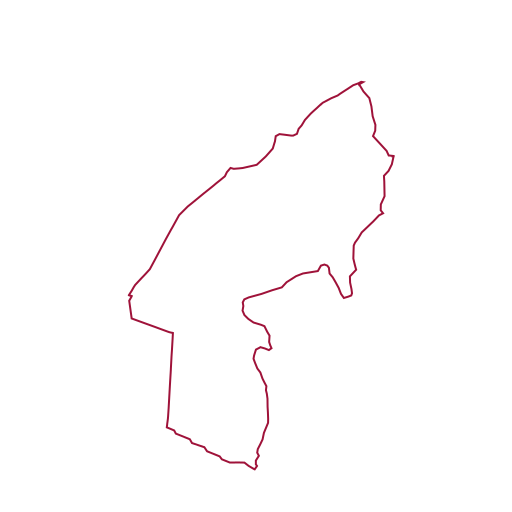 outline of Dilling, South Kordufan, Sudan, rotated 22°
{"feature_id": "16777658B83196806362289", "entity_name": "Dilling", "entity_type": "district", "adm_level": 2, "iso_a3": "SDN", "parent_name": "Sudan", "parent_adm1": "South Kordufan", "projection": "robinson", "projection_center": [29.551, 11.952], "detail": "fine", "context": "isolated", "style": "outline", "palette": "rose", "viewbox_px": 512, "rotation_deg": 22, "n_neighbors": 0, "source": "geoboundaries", "source_scale": "gbopen_adm2", "svg_char_len": 3017}
<svg xmlns="http://www.w3.org/2000/svg" viewBox="0 0 512 512"><g transform="rotate(22 256 256)"><path d="M258.9,92.0L258.2,93.4L257.2,95.6L254.8,100.5L253.4,103.5L250.4,111.5L249.4,117.8L247.9,122.1L248.2,127.4L245.4,130.4L244.4,130.8L243.4,131.2L236.5,133.0L232.1,134.2L229.4,137.5L230.3,141.2L230.5,142.1L230.7,142.9L230.7,143.6L231.3,150.1L227.8,160.0L222.5,171.2L210.7,179.4L207.3,181.2L206.9,181.4L202.7,183.5L199.4,183.9L197.6,189.2L197.3,193.7L194.1,199.6L192.0,203.3L191.2,204.8L190.8,205.6L189.5,208.0L184.2,217.4L176.5,231.5L174.2,235.6L169.4,246.9L168.7,252.8L167.7,261.1L167.4,263.1L166.1,274.0L163.6,298.0L162.5,308.0L160.4,313.7L159.2,316.8L158.1,319.5L154.8,328.1L154.5,329.7L154.3,330.7L153.8,334.6L152.9,339.5L153.1,339.5L153.1,340.0L153.5,340.0L155.2,339.7L155.8,339.7L155.8,340.4L155.2,345.0L155.5,345.5L163.9,360.1L164.1,360.5L167.1,360.4L173.0,360.2L189.3,359.6L192.9,359.5L202.2,359.2L204.2,359.1L206.7,358.7L206.9,358.6L207.8,358.5L208.0,359.1L209.9,364.6L210.7,367.0L213.3,374.7L215.1,380.2L219.4,392.7L219.7,393.5L224.3,407.2L227.7,417.2L232.0,429.8L234.0,435.9L234.3,436.8L234.6,437.7L235.1,439.4L235.2,439.6L236.1,443.1L236.5,444.7L236.8,445.7L237.3,447.6L237.4,448.0L237.5,448.3L240.5,448.3L245.5,448.4L248.2,450.7L263.3,450.7L266.7,453.4L279.1,452.7L279.7,452.6L283.8,455.4L297.4,455.4L300.5,457.3L308.5,457.3L309.1,457.3L317.6,453.8L322.4,452.0L322.7,451.9L327.9,453.4L334.2,454.3L334.3,454.3L334.7,454.3L335.6,450.3L333.9,449.2L332.5,445.7L333.5,440.2L330.8,437.9L330.0,434.4L330.5,428.6L330.8,423.6L329.6,417.0L329.7,406.2L328.3,402.5L325.7,396.7L323.2,391.4L320.1,384.0L317.6,379.6L315.5,376.7L314.4,372.8L311.3,370.2L307.9,367.2L303.7,362.4L299.4,359.8L295.3,355.6L292.2,352.2L291.5,349.0L291.0,342.8L294.0,339.3L294.2,338.9L298.9,338.4L302.8,338.4L303.2,338.4L304.9,335.7L302.6,333.4L300.4,330.8L299.4,327.8L298.4,324.8L294.7,322.0L290.1,317.9L286.3,317.9L278.6,318.6L272.4,317.2L267.4,315.1L264.0,311.7L263.0,307.1L261.1,304.0L261.4,300.6L264.8,297.1L275.3,289.1L283.8,281.7L291.7,275.4L294.2,268.8L300.7,259.7L306.1,254.6L319.0,246.8L319.8,240.6L322.6,238.3L325.7,238.2L328.0,239.6L330.8,244.7L335.1,247.0L339.6,250.5L344.6,254.6L349.0,259.3L353.2,262.0L353.8,261.5L356.3,259.5L356.8,259.1L359.1,256.9L359.0,254.6L356.9,250.9L353.2,245.4L350.7,239.7L354.0,231.2L352.6,229.4L350.3,226.3L347.2,221.9L344.9,215.7L342.7,209.7L342.8,206.4L342.9,206.1L344.1,201.4L345.2,194.5L350.5,182.8L351.7,180.2L354.8,172.3L357.8,168.8L357.1,168.4L354.5,166.9L352.4,161.4L352.5,159.5L352.8,152.4L347.0,138.8L345.8,136.3L344.6,133.7L347.0,127.5L347.6,120.1L346.4,113.0L346.3,112.1L345.5,112.4L345.5,111.9L342.6,112.7L341.4,113.1L337.7,109.6L331.2,106.5L319.6,101.0L319.6,95.2L317.6,89.7L311.8,82.7L307.0,74.1L301.9,67.1L300.4,66.4L294.0,63.2L287.9,58.6L287.7,58.8L287.1,58.3L287.3,58.2L290.1,54.7L288.3,55.1L287.1,56.5L286.3,57.5L282.2,61.2L273.1,74.2L271.6,76.6L268.4,79.8L266.7,81.5L260.4,89.0L259.4,91.2L259.2,91.2L258.9,91.9L258.9,92.0Z" fill="none" stroke="#9f1239" stroke-width="2"/></g></svg>